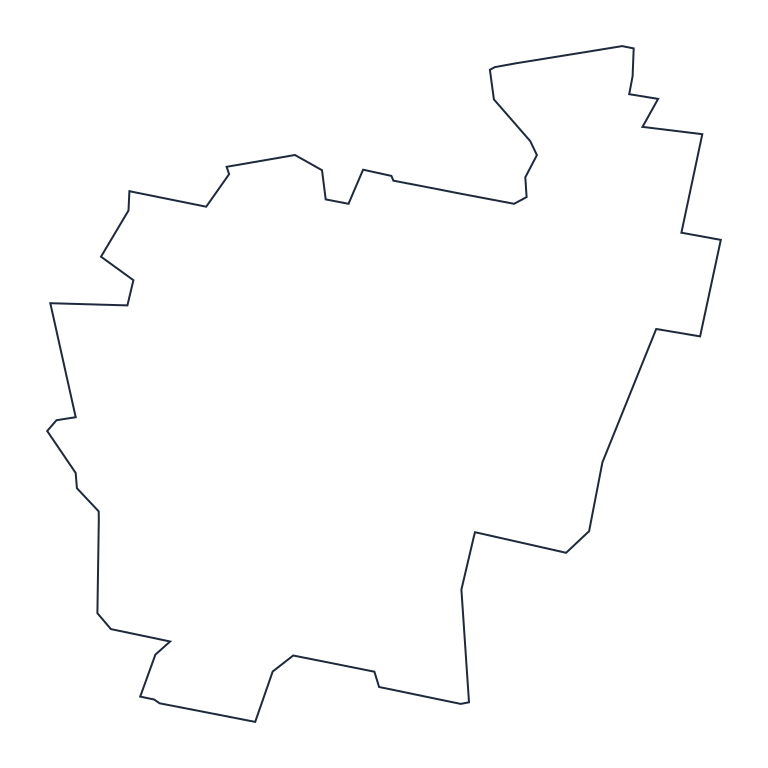 Kennebec, Maine, United States of America
{"feature_id": "52423323B98576109214460", "entity_name": "Kennebec", "entity_type": "district", "adm_level": 2, "iso_a3": "USA", "parent_name": "United States of America", "parent_adm1": "Maine", "projection": "robinson", "projection_center": [-69.775, 44.414], "detail": "fine", "context": "isolated", "style": "outline", "palette": "slate", "viewbox_px": 768, "rotation_deg": 0, "n_neighbors": 0, "source": "geoboundaries", "source_scale": "gbopen_adm2", "svg_char_len": 937}
<svg xmlns="http://www.w3.org/2000/svg" viewBox="0 0 768 768"><path d="M226.6,166.8L229.1,174.2L212.2,198.2L206.2,206.7L129.4,191.2L128.5,210.5L101.0,256.7L133.4,280.2L127.4,305.4L50.3,303.2L75.7,417.2L56.5,420.2L47.2,431.0L75.7,473.0L76.9,488.2L98.7,511.4L98.8,520.6L97.4,613.2L110.9,629.1L170.1,641.5L155.4,654.6L140.2,696.6L154.1,699.5L159.6,703.3L255.2,721.9L272.7,671.5L293.2,655.5L371.4,671.1L374.4,671.7L379.1,687.0L460.7,703.9L469.0,702.3L461.4,589.6L473.7,537.3L475.0,532.2L566.1,552.8L583.1,536.8L589.1,531.2L602.4,462.4L656.2,329.0L700.1,336.4L720.8,239.9L681.4,232.7L702.3,134.2L642.5,126.9L658.1,98.9L629.2,94.2L632.6,76.3L633.7,48.4L622.2,46.1L515.9,63.3L494.9,67.1L489.9,69.8L493.9,99.4L530.3,141.2L536.9,155.1L525.3,177.3L526.6,197.1L514.1,203.8L461.2,193.8L419.6,185.7L393.4,180.7L391.4,175.9L363.1,169.7L348.5,203.8L325.7,199.4L322.0,170.2L294.9,155.0L226.6,166.8Z" fill="none" stroke="#1e293b" stroke-width="2"/></svg>